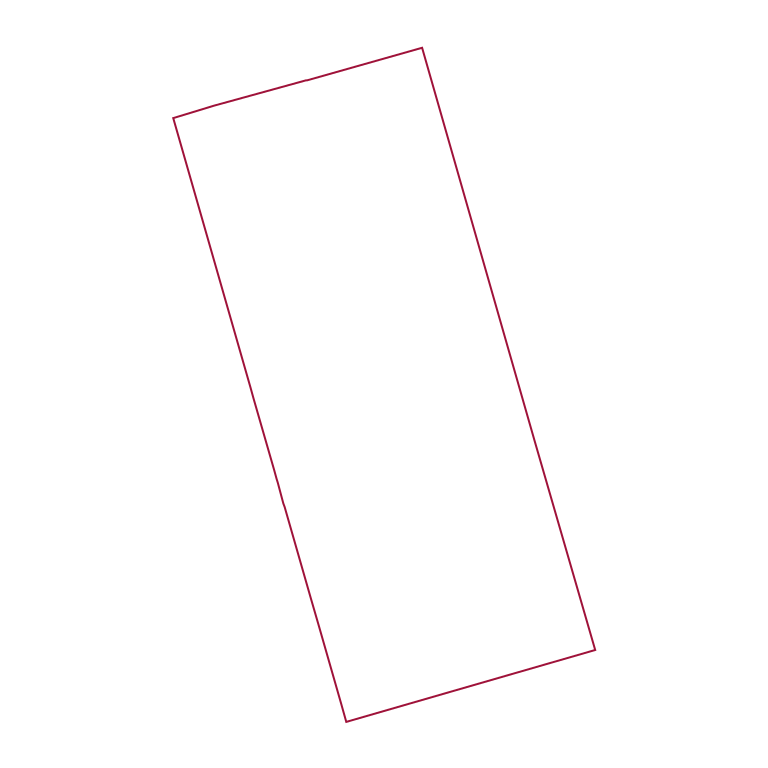 Bowman, North Dakota, United States of America, rotated 74°
{"feature_id": "52423323B51732533466336", "entity_name": "Bowman", "entity_type": "district", "adm_level": 2, "iso_a3": "USA", "parent_name": "United States of America", "parent_adm1": "North Dakota", "projection": "equal_earth", "projection_center": [-103.415, 46.113], "detail": "fine", "context": "isolated", "style": "outline", "palette": "rose", "viewbox_px": 768, "rotation_deg": 74, "n_neighbors": 0, "source": "geoboundaries", "source_scale": "gbopen_adm2", "svg_char_len": 496}
<svg xmlns="http://www.w3.org/2000/svg" viewBox="0 0 768 768"><g transform="rotate(74 384 384)"><path d="M697.9,254.3L479.9,254.9L71.3,254.7L70.9,374.4L70.6,375.2L69.6,470.8L70.3,513.3L295.8,513.3L300.4,513.3L350.5,513.3L361.5,513.4L435.6,513.3L437.1,513.3L445.7,513.4L449.7,513.3L471.1,513.7L474.9,513.4L525.8,513.4L565.1,513.4L569.7,513.4L599.3,513.3L611.4,513.3L637.2,513.3L648.8,513.3L667.2,513.3L680.2,513.3L698.4,513.4L697.9,254.3Z" fill="none" stroke="#9f1239" stroke-width="2"/></g></svg>